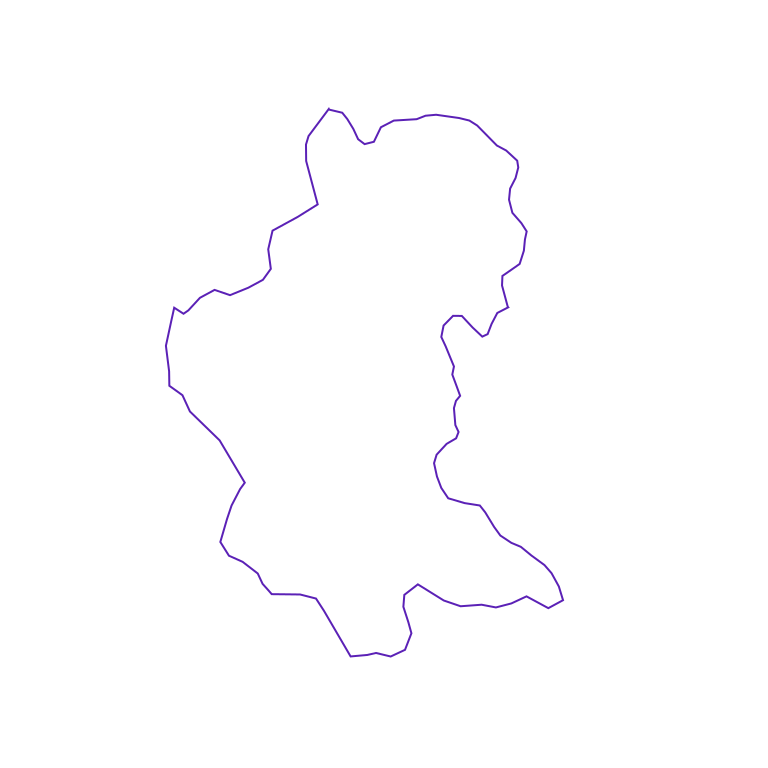 Pyeongchang-gun, Gangwon, South Korea, rotated 335°
{"feature_id": "91817680B93219729656421", "entity_name": "Pyeongchang-gun", "entity_type": "district", "adm_level": 2, "iso_a3": "KOR", "parent_name": "South Korea", "parent_adm1": "Gangwon", "projection": "robinson", "projection_center": [128.515, 37.533], "detail": "fine", "context": "isolated", "style": "outline", "palette": "violet", "viewbox_px": 768, "rotation_deg": 335, "n_neighbors": 0, "source": "geoboundaries", "source_scale": "gbopen_adm2", "svg_char_len": 1702}
<svg xmlns="http://www.w3.org/2000/svg" viewBox="0 0 768 768"><g transform="rotate(335 384 384)"><path d="M450.2,111.4L420.4,127.4L414.5,134.0L407.7,149.0L399.8,193.2L376.3,196.1L347.8,197.9L336.0,213.0L330.1,231.8L318.3,238.4L301.7,239.4L282.0,238.4L270.2,227.1L253.6,228.1L237.8,234.6L232.0,235.6L226.1,226.2L218.2,236.5L202.5,257.2L194.6,281.7L188.7,294.9L190.0,297.2L196.6,309.0L196.5,326.9L211.2,365.6L216.1,414.6L209.2,418.4L194.5,429.7L184.6,440.1L168.9,458.0L170.9,474.1L180.7,485.4L189.5,502.4L189.5,513.8L192.2,522.7L193.4,527.0L203.2,531.7L219.0,539.3L231.7,549.7L233.7,563.9L238.6,616.8L254.3,622.5L263.1,624.4L274.9,633.8L290.7,633.8L303.5,621.5L305.4,610.2L307.4,594.1L313.3,583.7L330.0,579.9L346.7,605.5L359.5,617.8L379.2,625.3L391.0,633.8L406.7,636.7L423.4,636.7L438.2,656.6L454.9,655.6L456.9,641.4L455.9,626.3L452.9,615.9L445.1,601.7L439.2,589.4L432.3,581.8L425.4,570.5L423.4,560.1L421.5,543.1L419.5,534.6L406.7,526.0L393.9,514.7L392.0,502.4L392.9,490.2L395.9,476.9L401.8,470.3L415.5,464.7L426.4,463.7L431.3,459.0L431.3,451.4L437.2,435.4L442.1,429.7L448.0,426.9L448.9,416.5L449.9,404.3L454.8,397.7L455.8,376.0L455.8,365.6L462.7,356.2L475.4,351.4L483.3,355.2L488.2,370.3L493.1,382.6L499.0,382.6L506.9,375.0L516.7,367.5L529.0,367.0L528.8,366.3L532.6,344.6L537.0,336.1L547.6,334.3L557.7,332.5L567.1,322.3L572.8,312.6L577.8,306.0L576.5,296.3L572.7,283.1L575.2,269.8L580.9,260.2L590.3,252.9L597.2,244.5L599.1,237.9L593.4,224.0L587.1,215.6L577.7,189.1L572.7,181.3L564.5,174.7L545.0,162.0L535.0,158.4L525.5,157.8L504.2,149.4L489.7,150.0L477.2,160.2L467.8,158.4L464.0,151.2L464.0,139.8L462.7,128.3L460.8,120.5L450.2,112.1L450.2,111.4Z" fill="none" stroke="#5b21b6" stroke-width="2"/></g></svg>